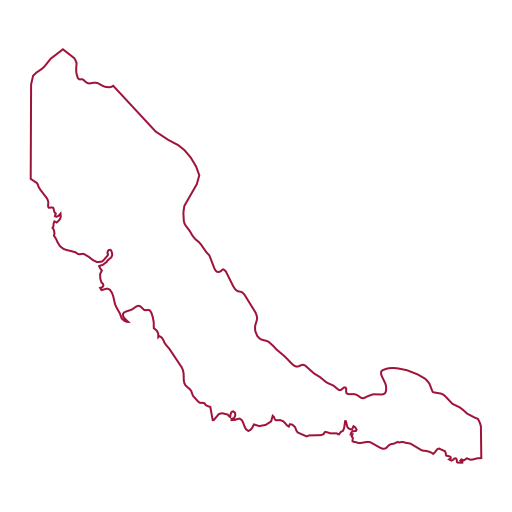 SVG path tracing the border of Central
{"feature_id": "PNG-1249", "entity_name": "Central", "entity_type": "Province", "adm_level": 1, "iso_a3": "PNG", "parent_name": "Papua New Guinea", "parent_adm1": "", "projection": "natural_earth1", "projection_center": [147.941, -9.068], "detail": "fine", "context": "isolated", "style": "outline", "palette": "rose", "viewbox_px": 512, "rotation_deg": 0, "n_neighbors": 0, "source": "natural_earth", "source_scale": "10m", "svg_char_len": 5563}
<svg xmlns="http://www.w3.org/2000/svg" viewBox="0 0 512 512"><path d="M481.3,458.1L477.4,458.3L472.8,459.5L470.2,459.7L466.8,458.3L465.4,459.4L463.7,460.4L461.4,459.4L460.4,460.6L462.3,461.6L462.3,462.7L458.1,462.7L457.0,462.1L456.6,459.2L455.7,458.3L454.2,458.6L453.0,459.9L451.5,460.6L449.1,459.4L450.7,458.3L450.7,457.2L449.6,456.4L446.2,455.6L445.8,454.5L445.7,452.9L444.9,451.2L438.9,448.5L437.1,449.4L434.6,452.6L433.2,453.9L431.5,452.7L428.8,451.6L425.8,450.9L423.3,450.7L421.5,450.2L411.7,444.3L409.7,443.4L406.0,442.9L403.5,442.1L402.3,441.9L399.7,442.4L398.5,442.4L397.7,441.9L394.5,443.4L392.8,443.9L391.5,444.0L389.7,444.7L388.0,446.1L386.6,447.6L385.4,448.5L382.7,448.8L380.1,447.7L370.8,442.5L369.2,442.0L367.1,441.9L360.0,443.1L358.3,443.0L355.7,442.1L353.9,441.9L352.5,441.2L352.8,437.7L351.6,436.4L351.9,435.9L352.2,434.8L352.5,434.3L351.1,434.3L350.7,434.3L351.4,432.4L352.5,431.4L354.0,431.1L355.8,431.0L356.6,429.7L355.3,427.4L353.5,426.2L352.5,428.4L351.9,429.5L350.4,429.3L348.8,428.5L347.9,427.8L347.2,426.4L345.9,421.2L345.1,421.2L344.2,427.6L343.1,430.7L340.8,432.0L339.4,433.8L339.0,434.4L338.1,434.2L336.6,433.3L330.1,433.3L326.9,432.2L325.2,431.9L324.4,432.6L323.7,434.0L322.0,434.8L320.0,435.2L309.2,435.4L306.6,436.4L297.7,432.5L296.3,430.4L295.1,427.2L292.5,424.7L289.9,424.2L288.8,426.6L286.8,425.2L285.2,423.2L283.2,421.3L280.3,420.1L279.1,420.1L276.5,420.3L275.6,420.1L274.8,419.2L273.9,416.9L272.7,415.8L271.1,421.4L265.7,424.9L259.2,426.1L254.0,424.4L252.0,428.1L250.5,429.8L248.4,431.0L245.9,429.2L244.4,426.2L243.2,422.8L241.8,420.1L239.6,418.6L237.5,419.0L234.9,419.9L231.5,420.1L231.5,419.0L234.1,418.1L235.3,415.5L235.0,412.8L233.4,411.4L232.2,411.6L231.3,412.5L230.7,413.7L230.2,417.0L229.5,416.7L227.8,414.6L222.1,413.2L218.9,414.0L213.7,420.1L212.7,420.1L210.3,406.9L209.1,406.6L207.3,405.9L205.8,405.1L205.1,404.3L204.5,403.2L202.9,402.9L201.0,402.9L199.6,402.7L197.9,401.3L193.0,395.8L192.0,393.3L191.2,390.9L189.4,388.8L187.2,387.0L185.4,385.2L184.3,383.0L183.8,380.4L183.6,373.6L183.0,370.4L181.8,367.5L169.5,349.0L165.8,344.7L164.4,342.6L163.3,340.0L161.8,337.6L159.2,336.0L158.3,337.1L158.2,333.5L157.0,331.0L155.0,329.1L153.8,328.2L153.8,327.9L153.7,322.0L152.6,316.5L151.3,312.6L149.8,310.4L148.4,309.9L145.5,310.2L144.3,310.0L143.3,309.2L141.1,307.0L139.8,306.1L138.2,305.8L136.5,306.4L131.6,309.7L125.8,311.6L124.6,312.2L123.8,312.8L123.2,313.6L123.0,314.3L123.0,315.4L123.4,316.7L124.5,318.3L128.2,321.9L126.6,321.8L124.1,320.6L121.7,318.5L119.9,313.5L116.4,307.3L115.1,304.4L113.3,296.6L112.1,293.1L109.8,289.6L107.1,288.6L101.5,290.1L100.1,287.9L101.7,287.5L102.9,286.6L103.4,285.3L102.8,283.6L101.5,282.6L100.3,278.7L100.1,274.0L101.9,270.5L101.2,269.7L100.4,268.7L99.7,267.4L99.1,266.1L100.2,265.6L102.8,264.9L105.9,262.4L106.5,262.3L107.4,260.6L111.3,257.3L112.2,255.2L112.1,253.6L111.7,251.9L111.1,250.5L110.3,249.8L108.5,250.2L107.6,251.8L107.5,253.4L108.0,254.1L107.8,255.3L103.5,260.3L101.9,261.6L97.0,262.1L92.8,260.0L88.7,256.8L84.1,254.1L82.4,253.8L79.9,254.3L78.4,254.1L77.3,253.6L75.4,252.2L65.9,249.8L63.3,248.8L59.9,246.1L57.7,242.5L56.0,238.8L53.9,235.6L54.5,233.5L54.1,231.0L53.3,228.8L52.5,227.9L53.4,226.4L53.6,223.5L54.4,221.4L56.7,222.5L58.8,220.6L60.2,218.7L60.8,216.4L60.5,213.6L58.6,215.8L56.3,216.8L54.9,216.1L55.8,213.6L55.1,213.0L54.5,212.1L54.1,211.0L53.9,209.8L53.2,207.8L51.5,207.4L49.8,207.7L48.7,207.7L48.1,206.4L48.1,204.8L48.3,203.2L48.2,201.6L47.6,199.7L46.8,198.2L40.3,189.7L38.6,186.9L37.9,184.8L37.0,183.1L30.7,178.9L31.1,84.3L33.1,75.8L36.4,72.6L42.2,68.6L44.6,66.3L50.7,58.7L62.9,49.3L74.3,58.2L75.4,60.1L76.6,63.3L76.2,68.4L76.2,71.3L76.6,74.1L77.8,78.0L79.0,79.2L80.2,79.4L81.7,79.2L83.1,79.6L85.9,82.1L87.4,83.0L89.3,83.5L93.2,82.8L95.5,82.7L97.7,83.1L102.6,85.8L104.0,86.4L105.5,86.9L108.4,87.2L109.6,87.2L110.8,87.0L111.7,86.7L113.2,85.8L155.6,131.5L168.4,140.0L178.3,145.2L184.4,150.1L190.7,157.5L196.0,166.3L199.3,175.3L196.8,184.2L184.4,205.8L183.6,210.6L183.4,213.5L183.8,221.0L184.6,223.8L185.8,225.8L189.9,231.2L192.3,235.4L194.5,238.2L196.4,240.1L198.8,242.0L201.0,244.5L206.1,251.9L207.7,253.7L208.9,254.8L209.7,256.2L214.5,268.7L215.7,270.7L217.1,271.8L218.6,272.0L220.0,271.6L221.0,271.0L222.5,269.6L223.3,269.4L224.2,269.9L225.9,271.5L233.2,286.2L234.7,288.6L236.0,290.0L237.0,290.8L238.2,291.3L240.8,291.8L242.3,292.4L244.3,294.4L255.5,312.5L256.6,315.3L257.1,318.2L256.7,320.6L255.3,325.2L255.0,328.1L255.3,331.2L257.2,335.9L259.2,338.1L261.2,339.5L267.2,341.1L269.0,342.1L273.3,346.0L276.5,349.5L284.8,356.5L292.3,364.2L294.5,365.9L296.3,366.6L297.9,366.5L299.4,366.0L301.2,365.1L303.0,364.8L305.0,365.4L314.1,373.5L320.0,377.1L325.8,381.9L328.0,383.2L331.7,384.8L333.7,385.8L337.9,389.3L338.6,389.8L339.3,390.0L340.0,390.2L340.7,390.0L341.6,389.5L342.9,388.3L343.8,387.6L344.7,387.4L345.6,387.6L346.1,388.3L346.2,389.1L346.1,390.3L346.1,391.6L346.6,393.3L347.8,394.0L349.5,394.2L353.7,394.1L355.7,394.5L357.5,395.3L360.7,397.6L362.4,398.2L363.9,398.1L367.3,396.4L371.8,394.7L373.6,394.3L381.3,394.5L383.0,394.3L384.3,393.7L385.1,393.1L385.8,391.6L386.1,390.0L386.1,386.9L385.8,385.2L385.2,383.2L381.9,376.4L381.3,374.9L381.1,373.7L381.1,372.4L381.3,371.3L382.5,370.3L384.9,369.3L387.5,368.5L389.9,368.1L393.6,368.0L397.9,368.4L406.9,370.2L417.4,374.3L425.1,378.7L427.2,380.8L429.4,383.6L432.1,390.6L432.7,391.9L433.5,392.3L441.0,393.6L443.4,394.7L445.5,396.5L451.8,403.2L452.6,403.9L459.6,407.3L463.3,410.1L467.1,413.6L474.9,417.7L478.0,418.9L480.0,423.2L480.9,426.3L481.3,458.1L481.3,458.1Z" fill="none" stroke="#9f1239" stroke-width="2"/></svg>